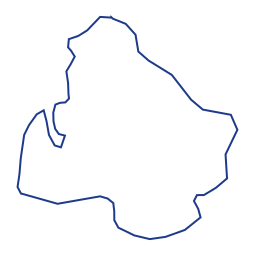 an SVG outline of Ulsan, rotated 181°
{"feature_id": "KOR-2508", "entity_name": "Ulsan", "entity_type": "Metropolitan City", "adm_level": 1, "iso_a3": "KOR", "parent_name": "South Korea", "parent_adm1": "", "projection": "equal_earth", "projection_center": [129.283, 35.499], "detail": "fine", "context": "isolated", "style": "outline", "palette": "blue", "viewbox_px": 256, "rotation_deg": 181, "n_neighbors": 0, "source": "natural_earth", "source_scale": "10m", "svg_char_len": 918}
<svg xmlns="http://www.w3.org/2000/svg" viewBox="0 0 256 256"><g transform="rotate(181 128 128)"><path d="M233.6,60.4L234.3,61.3L237.4,67.1L235.7,80.2L234.7,95.8L231.7,119.3L227.0,129.2L219.5,140.1L212.6,144.2L209.6,133.5L206.9,119.7L201.0,109.3L194.7,107.5L190.9,119.3L197.1,120.8L200.8,125.9L202.6,133.4L203.0,142.0L201.0,150.1L196.4,152.0L191.1,152.5L187.5,156.4L188.1,160.8L188.7,172.0L190.6,183.6L186.3,191.0L182.5,198.5L186.3,204.3L189.3,207.6L188.7,215.8L179.3,219.2L170.5,224.9L157.8,238.6L147.1,238.1L146.9,238.7L145.0,237.0L132.1,232.1L122.1,221.4L119.0,204.6L108.6,195.8L85.1,181.8L65.4,157.4L53.5,147.7L25.4,143.0L18.6,128.1L30.0,103.3L28.1,79.3L39.1,69.7L50.9,62.3L57.9,62.1L60.8,56.2L56.4,48.4L53.9,39.9L69.3,27.1L88.6,19.8L104.3,17.3L119.8,20.7L135.9,28.2L140.1,35.6L140.3,44.6L141.4,52.7L147.1,57.1L154.7,59.2L197.1,51.0L233.2,60.5L233.6,60.4Z" fill="none" stroke="#1e3a8a" stroke-width="2"/></g></svg>